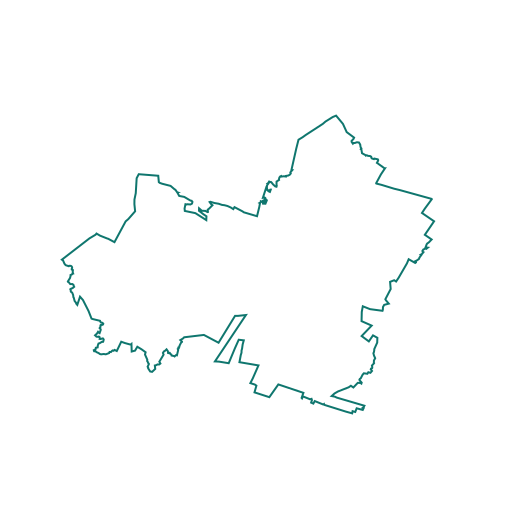 Santa Cruz de Juventino Rosas, Guanajuato, Mexico, rotated 299°
{"feature_id": "50627088B19431781026886", "entity_name": "Santa Cruz de Juventino Rosas", "entity_type": "district", "adm_level": 2, "iso_a3": "MEX", "parent_name": "Mexico", "parent_adm1": "Guanajuato", "projection": "albers", "projection_center": [-101.006, 20.683], "detail": "fine", "context": "isolated", "style": "outline", "palette": "teal", "viewbox_px": 512, "rotation_deg": 299, "n_neighbors": 0, "source": "geoboundaries", "source_scale": "gbopen_adm2", "svg_char_len": 6117}
<svg xmlns="http://www.w3.org/2000/svg" viewBox="0 0 512 512"><g transform="rotate(299 256 256)"><path d="M252.6,120.4L246.5,122.3L242.4,124.5L236.5,128.6L226.3,126.4L223.1,125.2L199.5,125.5L199.4,118.3L199.2,117.6L198.2,109.8L198.3,105.6L196.9,105.4L190.7,101.8L158.7,88.0L158.5,89.5L156.4,92.2L155.7,94.0L156.3,97.2L156.9,97.4L157.5,98.6L157.6,99.5L157.1,100.5L156.4,101.0L155.2,101.1L154.8,101.5L154.9,102.7L153.0,103.5L152.0,104.6L151.5,104.0L150.8,104.0L149.4,103.0L148.6,103.5L146.6,104.0L142.5,103.8L142.2,104.3L142.3,104.9L141.4,107.1L142.5,109.1L142.1,110.6L141.4,111.1L140.9,111.9L139.1,111.2L137.6,110.0L136.9,109.7L136.2,110.6L135.3,111.1L134.9,111.8L134.9,112.9L133.3,114.9L131.4,116.3L131.2,116.8L128.7,119.2L127.8,121.4L127.2,121.8L126.6,123.4L135.1,121.8L133.6,126.0L126.7,136.2L121.5,142.5L121.6,143.4L123.7,151.0L123.1,151.6L122.7,152.7L123.1,154.0L122.8,155.2L122.1,155.4L121.5,155.2L120.3,153.6L119.9,153.6L118.5,154.4L117.6,154.1L117.0,154.3L116.9,155.2L116.2,156.0L112.7,156.6L112.7,155.7L113.1,154.6L111.0,154.5L108.6,153.7L108.1,155.6L108.8,157.2L109.3,157.5L109.4,158.2L108.3,159.4L107.7,159.5L107.8,159.8L108.1,160.4L109.5,161.7L109.7,162.3L109.1,163.3L107.4,163.8L106.7,163.8L106.2,162.8L104.0,161.6L103.1,160.7L101.1,161.0L99.3,161.8L98.1,160.4L96.6,160.9L96.2,160.8L96.2,160.6L95.0,159.8L94.4,160.4L94.7,160.8L94.4,161.0L94.9,162.0L94.6,163.1L94.8,165.4L94.6,167.0L94.9,168.2L96.5,170.4L97.2,172.3L99.9,174.6L100.8,174.4L101.1,174.5L101.7,175.7L103.3,176.1L103.9,176.4L104.1,177.4L105.3,177.8L105.4,180.3L115.7,179.7L116.3,183.5L117.5,188.5L117.9,189.4L118.7,189.7L112.2,193.6L114.6,196.1L119.1,196.2L118.9,201.2L118.3,206.1L116.0,206.7L112.6,211.2L111.4,211.7L111.0,212.6L110.2,213.4L109.9,214.4L109.5,214.7L106.6,214.9L106.0,215.9L105.5,216.1L103.7,219.4L104.3,221.3L108.4,222.6L111.2,220.6L112.1,221.6L113.4,222.4L114.2,223.9L115.6,224.5L116.7,222.7L124.9,223.0L126.1,221.6L127.9,221.7L129.0,222.4L131.0,223.0L130.0,225.1L128.5,226.2L128.7,226.7L129.3,227.1L129.5,227.5L128.8,228.5L128.8,229.7L128.0,230.4L128.8,232.9L128.7,233.5L130.4,234.0L130.6,234.2L130.8,235.0L136.1,233.5L136.7,232.7L137.8,233.2L138.2,233.1L138.5,232.5L139.4,233.0L140.5,232.6L143.3,232.5L144.1,232.5L144.9,232.9L145.2,232.8L145.8,230.6L148.4,232.1L150.1,232.6L161.7,248.7L162.0,265.3L193.5,266.7L195.0,269.4L199.5,275.8L143.9,271.2L145.7,274.9L149.0,284.1L165.0,282.3L174.4,281.5L176.3,286.2L172.2,287.2L168.3,288.7L166.3,289.2L164.4,290.2L162.0,290.7L155.1,293.0L161.5,311.2L147.5,312.5L142.1,312.7L143.0,317.3L142.8,319.2L136.0,320.8L139.0,336.1L154.5,337.8L159.3,363.8L154.0,364.7L153.8,365.3L155.0,365.2L156.0,365.5L156.9,372.7L158.0,373.8L157.1,374.8L154.5,375.3L154.7,377.7L157.6,377.7L158.7,386.8L159.5,387.2L159.1,387.6L159.0,388.3L163.5,410.2L165.0,416.4L167.1,415.7L167.7,418.4L171.6,417.9L173.1,424.0L175.1,423.9L175.0,423.0L176.0,423.4L177.6,423.4L171.3,395.3L171.2,393.2L170.2,390.1L173.8,391.3L177.3,393.4L186.1,400.7L188.5,401.9L188.2,404.9L194.4,406.5L195.6,408.9L195.5,410.0L196.5,409.8L197.5,406.9L198.0,406.4L198.8,406.4L199.8,406.9L203.9,406.8L205.7,407.2L207.0,410.5L208.8,410.6L209.3,412.7L211.7,413.2L212.5,411.3L213.3,411.2L214.1,411.9L214.5,411.9L215.3,411.5L216.4,410.5L219.2,411.2L219.5,411.2L219.6,410.9L221.8,409.8L224.4,409.8L226.1,407.5L227.9,405.8L229.2,405.7L231.2,405.0L231.8,404.6L239.0,404.0L243.3,401.8L243.3,396.8L236.0,396.1L237.2,387.2L251.2,390.9L250.2,379.9L258.4,375.6L263.8,373.8L264.8,381.5L269.4,393.2L270.5,393.0L272.9,391.8L275.4,391.8L278.7,395.2L280.3,391.0L280.9,390.1L292.4,389.8L298.4,385.8L301.8,388.6L301.6,390.9L306.3,391.3L322.7,391.6L327.2,391.1L327.1,398.6L328.0,399.0L328.4,398.7L328.5,397.7L330.2,398.9L332.6,400.0L333.8,399.7L336.8,400.1L336.9,399.4L338.3,400.2L340.5,400.6L340.5,399.7L341.1,399.1L342.8,399.2L343.5,399.8L344.5,400.1L344.5,400.6L345.0,400.9L344.9,401.5L346.6,402.2L345.8,400.1L349.0,399.6L349.9,399.7L351.8,400.6L355.6,401.6L356.4,393.4L372.7,394.9L374.1,380.3L379.3,380.7L390.9,382.2L391.1,381.9L383.4,349.9L381.8,344.1L379.1,331.4L377.7,326.1L377.9,325.8L388.0,325.7L395.2,326.3L395.0,326.0L396.1,316.6L398.2,316.6L399.1,316.4L399.6,315.7L398.6,312.3L397.9,312.2L397.5,310.2L397.8,309.3L398.7,308.6L398.7,307.2L397.9,305.5L397.8,304.0L397.1,303.4L397.3,303.2L397.3,298.9L400.3,296.5L400.3,295.9L401.2,296.0L401.6,295.1L402.4,294.3L404.0,293.1L405.2,291.0L404.4,289.1L402.7,287.6L402.2,286.5L401.2,286.3L402.1,284.4L402.9,283.8L405.6,284.5L407.1,284.4L408.3,275.5L408.0,275.7L413.7,268.0L417.6,258.0L414.7,255.7L407.3,251.6L404.0,250.4L385.9,240.8L382.5,239.2L378.3,236.8L369.6,239.1L348.4,245.3L348.7,246.1L345.8,245.5L345.0,246.4L343.4,246.1L342.0,245.2L340.5,243.3L340.0,243.6L339.1,241.5L337.7,239.6L338.1,239.2L337.3,238.6L336.0,238.4L334.1,238.9L333.7,239.3L331.1,237.9L328.6,239.2L327.5,240.1L326.5,240.3L326.2,239.1L326.9,236.2L327.9,233.8L328.0,233.1L327.5,232.4L327.5,231.4L325.9,231.3L326.0,231.6L324.8,230.9L324.6,231.6L323.1,231.4L321.2,232.3L319.8,233.3L319.2,235.2L319.3,235.9L321.0,236.3L321.2,236.7L318.8,237.1L318.7,235.7L319.0,234.4L319.4,232.7L320.0,231.9L310.3,233.8L311.3,234.9L311.3,235.7L311.1,236.3L310.1,237.1L310.0,238.4L309.4,238.5L309.7,236.8L310.2,236.3L310.1,235.9L309.6,236.1L308.8,236.0L308.5,236.3L308.5,236.8L308.7,237.4L308.6,238.0L308.9,238.6L306.3,238.9L304.8,236.0L306.8,237.9L307.7,238.0L307.4,236.7L307.0,236.2L307.2,235.1L306.6,235.1L306.4,234.9L306.2,233.7L305.3,234.1L304.1,233.4L304.1,233.9L300.5,235.1L291.3,237.6L288.3,224.1L288.5,222.6L288.3,213.5L286.0,213.4L286.2,210.4L285.9,206.8L285.1,203.7L284.2,201.5L283.6,198.0L282.2,194.0L281.3,189.8L280.7,189.3L279.6,191.7L279.3,193.3L274.7,192.0L273.1,191.3L271.2,192.6L270.9,192.3L270.9,189.8L269.3,186.7L270.1,183.1L267.9,184.2L267.0,189.9L266.7,193.4L263.3,195.1L264.1,182.2L260.9,171.9L262.9,170.5L267.1,169.2L267.4,170.4L267.9,170.7L269.3,173.7L270.8,174.6L272.5,174.2L273.1,172.9L272.7,171.9L272.9,164.6L271.3,159.7L273.4,156.4L273.6,156.6L273.5,156.1L274.9,153.3L274.8,152.7L275.9,147.3L273.7,138.9L273.3,136.4L273.5,135.2L278.8,131.6L270.7,113.8L266.2,113.9L252.6,120.4Z" fill="none" stroke="#0f766e" stroke-width="2"/></g></svg>